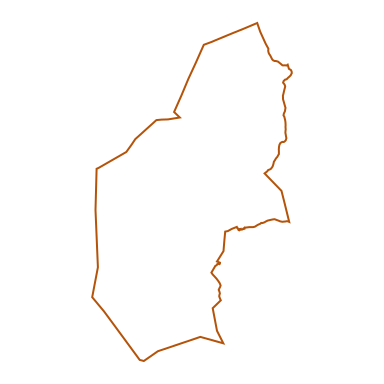 San Juan Teposcolula, Oaxaca, Mexico
{"feature_id": "50627088B54973725346612", "entity_name": "San Juan Teposcolula", "entity_type": "district", "adm_level": 2, "iso_a3": "MEX", "parent_name": "Mexico", "parent_adm1": "Oaxaca", "projection": "robinson", "projection_center": [-97.39, 17.589], "detail": "fine", "context": "isolated", "style": "outline", "palette": "amber", "viewbox_px": 384, "rotation_deg": 0, "n_neighbors": 0, "source": "geoboundaries", "source_scale": "gbopen_adm2", "svg_char_len": 2458}
<svg xmlns="http://www.w3.org/2000/svg" viewBox="0 0 384 384"><path d="M257.2,23.0L244.0,28.6L233.8,32.7L226.5,35.7L216.1,40.0L211.7,41.9L203.8,44.8L195.9,62.6L188.4,78.8L181.5,95.3L174.1,112.0L179.8,117.5L168.0,119.4L161.6,119.6L156.4,120.1L144.2,131.1L136.1,138.4L135.3,139.1L131.7,144.5L126.3,152.0L98.8,167.8L96.6,168.8L95.5,210.0L97.9,267.3L92.2,297.2L104.1,311.5L119.5,332.4L139.7,359.9L143.8,361.0L148.7,357.6L157.9,351.2L182.0,343.1L200.3,336.9L223.3,343.3L217.0,330.8L212.7,308.2L220.8,300.3L220.2,299.0L219.7,297.8L219.2,296.2L219.5,294.6L219.9,293.5L219.4,291.5L218.7,289.9L219.5,288.1L220.2,286.8L220.6,285.4L219.7,283.2L218.4,281.2L216.7,278.9L214.4,276.3L212.7,274.5L211.4,272.6L215.4,265.8L216.6,265.3L217.3,264.1L218.6,263.8L219.2,264.2L219.9,263.7L220.0,262.7L217.0,261.5L223.5,251.1L224.3,241.3L225.2,231.6L227.8,231.1L231.8,228.9L236.8,226.9L237.1,227.6L237.2,227.9L237.5,227.9L237.6,228.1L237.7,228.3L238.6,230.1L239.1,230.2L239.4,230.3L239.8,229.6L239.8,229.0L240.6,228.9L240.5,229.4L240.8,229.7L242.3,229.5L243.3,228.6L243.6,229.0L244.4,229.2L244.3,229.6L244.6,228.1L244.8,227.5L245.6,227.6L248.8,227.2L249.3,227.1L253.1,227.1L254.9,226.7L256.1,225.9L258.1,224.7L260.2,223.8L261.2,222.9L262.5,223.0L264.3,222.4L265.6,221.6L267.6,220.6L271.0,219.8L272.9,219.4L274.6,219.2L277.0,220.1L278.9,220.8L280.0,221.3L282.4,221.8L284.0,221.6L285.4,221.5L286.8,221.2L288.1,221.4L289.2,221.9L284.5,202.8L281.5,190.9L266.6,175.5L264.6,173.4L267.3,171.3L268.1,170.1L270.6,169.1L271.7,167.8L272.6,166.5L273.0,165.3L273.4,164.1L273.9,161.7L274.7,160.6L275.6,159.0L276.3,158.0L277.3,156.9L278.2,155.2L278.9,154.1L278.9,151.0L278.8,149.7L279.0,146.9L279.5,144.6L280.5,142.9L282.3,141.9L283.8,142.0L284.9,141.2L285.7,140.4L286.4,138.2L286.0,136.3L285.7,134.4L285.4,132.8L285.5,130.8L285.7,129.4L285.5,127.0L285.6,125.2L285.5,122.8L285.3,121.0L285.0,119.5L284.3,116.7L283.5,115.4L283.9,113.4L284.9,111.4L285.5,107.8L285.0,106.2L284.0,102.6L283.0,99.1L283.0,97.4L282.9,95.8L283.5,93.5L284.0,91.2L284.5,89.2L284.9,87.7L285.2,86.3L284.5,84.4L283.1,82.7L283.6,81.1L285.1,79.6L286.6,79.3L288.1,77.7L289.2,76.8L290.7,75.3L291.8,73.1L291.6,71.4L290.9,70.0L288.9,68.8L288.2,66.4L287.7,64.7L286.6,65.5L284.9,65.3L283.6,65.4L282.4,65.3L281.3,64.3L279.7,63.0L278.0,61.6L275.8,61.0L274.6,61.0L273.1,60.3L272.2,59.4L271.1,57.2L270.3,55.6L268.9,53.5L268.5,52.2L268.2,50.8L268.4,48.7L265.7,43.8L260.2,31.7L257.2,23.0Z" fill="none" stroke="#b45309" stroke-width="2"/></svg>